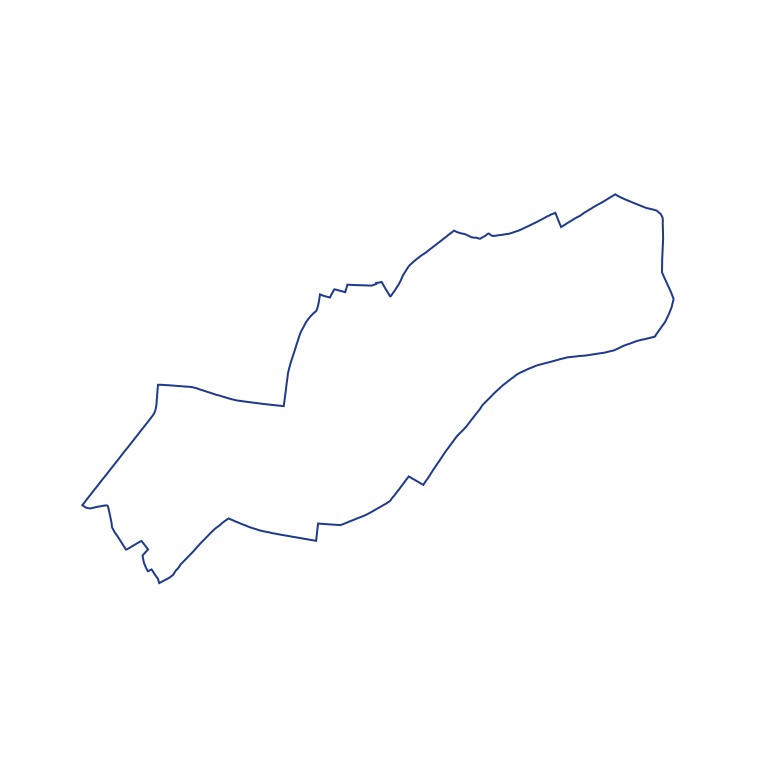 Sai Noi, Nonthaburi, Thailand (Mercator projection), rotated 63°
{"feature_id": "78962969B41113912709899", "entity_name": "Sai Noi", "entity_type": "district", "adm_level": 2, "iso_a3": "THA", "parent_name": "Thailand", "parent_adm1": "Nonthaburi", "projection": "mercator", "projection_center": [100.322, 14.005], "detail": "fine", "context": "isolated", "style": "outline", "palette": "blue", "viewbox_px": 768, "rotation_deg": 63, "n_neighbors": 0, "source": "geoboundaries", "source_scale": "gbopen_adm2", "svg_char_len": 6088}
<svg xmlns="http://www.w3.org/2000/svg" viewBox="0 0 768 768"><g transform="rotate(63 384 384)"><path d="M491.8,394.7L490.9,393.4L489.0,389.9L488.1,388.0L487.6,387.1L486.9,386.1L486.5,385.2L485.6,383.8L483.9,380.9L482.8,379.1L480.5,374.8L479.6,373.3L477.3,369.0L472.7,360.9L471.2,358.0L470.2,355.8L468.9,353.2L467.6,350.7L466.3,348.0L465.6,346.8L465.1,345.8L463.8,343.1L463.4,342.1L462.8,340.2L462.3,339.1L462.1,338.2L460.9,334.5L460.2,332.6L459.6,330.9L458.9,329.2L455.3,321.7L453.4,317.6L451.9,314.3L449.6,309.4L449.0,308.4L447.8,306.4L447.5,305.7L447.1,304.6L445.5,299.8L444.8,297.5L443.5,293.6L442.6,291.2L441.3,286.7L440.3,283.1L439.5,280.0L439.1,278.8L438.7,276.6L438.1,273.4L437.7,271.6L436.9,267.2L436.8,265.9L436.3,263.8L436.1,262.8L436.0,261.8L435.8,260.9L435.8,259.9L435.7,257.2L435.9,255.1L435.8,254.4L435.9,253.8L436.0,250.9L436.0,249.6L436.1,248.3L436.8,239.9L437.0,238.7L437.6,235.8L438.1,233.5L439.0,229.4L439.7,226.3L441.2,218.9L441.9,215.3L442.2,214.4L442.9,211.3L443.5,208.6L446.5,200.7L447.9,196.7L449.7,192.8L450.1,191.6L452.0,186.0L453.3,181.9L456.1,173.5L456.5,172.0L456.7,171.2L457.1,169.3L457.5,167.6L457.7,166.6L458.2,164.9L458.4,164.0L458.5,162.7L458.6,160.9L458.7,154.7L458.7,153.3L459.2,149.3L459.8,145.4L460.1,142.2L460.4,139.7L461.6,134.1L462.2,132.2L464.7,121.5L464.7,121.2L464.6,120.6L464.1,120.3L456.3,105.3L451.1,98.5L445.8,92.5L443.1,90.3L440.7,88.1L439.3,87.3L438.6,87.2L432.5,86.6L415.6,85.9L410.7,85.6L399.5,79.7L381.4,69.4L366.8,62.4L364.9,61.3L362.4,60.3L360.6,60.2L359.1,60.2L357.8,60.4L356.7,60.9L355.9,61.3L354.8,61.6L353.2,62.4L350.2,65.6L346.3,70.3L344.0,72.4L337.8,77.8L328.6,85.7L325.7,87.9L323.8,89.4L320.0,91.9L320.6,100.2L320.8,102.5L321.1,105.9L321.3,113.3L321.5,117.3L321.6,118.3L321.8,119.3L321.9,122.7L322.1,124.2L322.2,125.3L322.3,127.8L323.1,132.8L323.1,136.1L323.1,137.2L323.2,139.3L323.5,141.8L323.6,143.4L323.6,144.3L323.8,147.1L324.2,150.3L324.6,154.9L321.1,154.7L316.9,154.3L309.2,153.6L309.1,156.0L308.9,157.3L308.8,158.3L308.9,160.1L308.9,160.7L308.7,162.3L308.7,163.6L308.9,165.0L308.9,167.1L309.0,173.9L309.0,176.4L308.9,177.3L308.9,179.7L308.9,182.8L308.7,186.1L308.7,188.1L308.5,193.3L308.5,193.9L307.9,197.7L307.6,200.0L307.4,201.3L307.3,202.1L307.0,203.8L306.6,205.5L305.9,207.0L305.4,208.8L304.5,211.6L303.7,213.7L302.2,218.3L301.9,219.1L301.2,220.2L300.5,220.7L300.1,221.0L299.7,221.3L298.6,221.7L298.0,222.0L297.5,222.5L297.3,222.7L297.3,222.8L297.3,223.2L297.5,224.5L297.7,225.5L297.9,226.3L298.0,226.8L298.0,230.4L298.2,231.7L298.2,232.3L298.0,232.7L297.5,233.4L296.9,233.9L296.4,234.5L295.3,235.7L295.1,236.0L294.6,237.2L293.4,238.9L292.2,240.0L290.3,241.4L288.2,243.0L287.2,243.9L284.0,247.8L282.7,249.1L281.9,249.9L279.1,251.9L279.1,252.0L279.4,253.1L280.0,256.5L280.3,257.7L280.4,259.1L280.8,260.6L281.6,264.8L282.6,270.0L284.7,281.2L285.9,287.3L286.5,292.9L288.0,300.4L289.6,306.4L290.3,308.4L291.5,310.6L295.8,317.8L298.5,321.0L300.2,323.2L302.0,325.8L305.9,332.5L308.8,338.2L308.8,338.5L308.6,338.8L304.4,339.0L301.4,339.3L298.5,339.5L292.0,339.8L291.0,343.7L290.4,345.4L290.5,345.5L291.3,345.4L291.4,345.5L290.7,350.6L290.4,350.9L282.7,364.9L278.9,371.5L281.3,373.7L282.8,375.3L284.6,376.8L284.3,377.3L283.6,377.9L277.3,384.9L277.2,385.1L277.1,385.4L280.0,389.6L282.4,392.9L279.8,395.8L277.7,398.1L275.1,400.3L279.5,403.5L281.1,404.7L282.2,405.5L283.4,406.5L284.7,407.6L286.0,408.8L287.4,410.3L288.0,411.0L288.2,411.4L288.6,413.0L288.9,414.7L289.4,415.9L290.4,418.9L291.5,421.4L291.9,422.3L293.6,425.5L296.3,429.3L297.7,431.4L298.9,433.1L300.3,435.0L302.2,437.0L304.3,439.2L306.0,440.8L306.8,441.6L308.6,443.5L314.9,449.6L316.1,450.9L319.6,454.4L323.6,458.3L327.1,461.5L330.4,464.3L330.7,464.6L334.0,466.8L335.5,467.8L339.3,470.5L345.0,474.3L358.2,483.4L349.4,496.9L346.3,501.6L343.1,506.2L340.5,510.1L337.8,514.0L335.6,517.2L333.8,519.7L332.2,522.1L330.4,524.3L328.6,526.4L326.6,528.6L319.3,536.2L317.9,537.9L313.3,542.4L310.2,545.6L308.0,547.7L306.3,549.6L305.0,550.8L304.4,551.3L302.6,553.0L301.2,554.6L299.9,556.2L298.3,558.4L297.5,559.7L295.9,562.5L294.2,565.2L291.4,569.9L290.7,571.0L287.8,575.7L283.2,583.5L282.1,585.7L287.6,589.2L289.2,590.1L290.9,591.2L292.3,591.9L294.7,593.5L298.1,595.5L300.3,597.0L303.2,599.3L304.0,600.0L304.6,600.7L305.2,601.3L306.9,604.0L310.1,610.6L312.0,614.8L313.4,617.8L314.4,620.0L314.9,621.3L316.6,624.7L319.3,630.5L321.0,634.2L323.9,640.5L326.4,646.2L329.8,653.3L337.9,670.9L338.6,672.2L341.2,678.2L344.5,685.1L346.4,689.4L348.8,694.5L351.2,699.7L353.4,704.3L355.0,707.8L357.2,706.6L358.4,705.9L359.0,705.5L360.5,703.7L361.5,702.2L363.2,695.6L365.6,687.6L366.4,686.0L366.9,685.6L368.3,685.6L377.8,688.1L384.1,689.8L387.8,691.3L388.8,691.4L393.6,691.3L399.2,690.5L414.3,689.1L414.6,688.5L414.1,679.4L413.8,675.6L413.7,671.4L414.7,671.1L424.3,669.3L425.8,673.5L427.1,676.8L427.2,677.0L427.3,677.1L434.4,679.1L440.4,679.5L443.6,679.4L443.7,675.3L447.9,674.8L448.7,674.7L449.1,674.8L449.5,674.7L453.3,674.1L454.8,673.9L455.4,673.9L455.7,673.9L457.0,674.3L459.3,674.7L459.3,672.0L459.2,664.8L459.0,662.0L458.5,659.8L458.5,658.9L456.9,656.3L455.2,653.0L455.0,651.7L453.2,648.4L452.7,647.8L452.5,647.3L447.0,631.0L442.7,619.9L438.2,606.6L436.3,600.6L435.2,594.2L434.3,590.8L433.4,585.3L433.2,583.5L435.7,581.5L437.8,579.7L438.1,579.4L438.9,579.0L439.2,578.7L439.5,578.4L439.8,578.0L443.3,575.1L450.3,568.9L453.1,566.2L455.4,563.8L457.5,561.7L459.6,559.4L463.6,554.3L464.0,553.7L464.5,553.1L465.2,552.4L466.3,551.1L467.4,549.6L468.2,548.5L469.4,547.0L471.8,543.9L476.6,537.4L478.9,534.5L480.0,532.9L482.9,529.0L485.4,525.7L492.9,515.7L478.4,506.1L480.6,502.5L485.1,495.0L488.5,489.3L489.7,487.3L489.9,486.9L490.2,485.2L490.5,481.7L490.6,480.6L490.7,479.1L490.8,477.3L490.9,476.4L491.0,475.5L491.3,472.9L491.4,470.7L492.3,461.8L492.4,459.9L492.4,455.1L492.0,447.2L491.8,442.2L491.6,439.2L491.6,437.0L491.2,433.7L491.1,432.8L490.9,431.8L490.5,430.8L489.5,429.0L489.0,427.9L488.6,426.9L488.1,425.5L487.3,423.9L485.7,420.6L484.6,418.2L483.6,416.2L482.7,414.3L480.2,409.4L477.6,403.9L479.8,402.5L490.3,395.7L491.8,394.7Z" fill="none" stroke="#1e3a8a" stroke-width="2"/></g></svg>